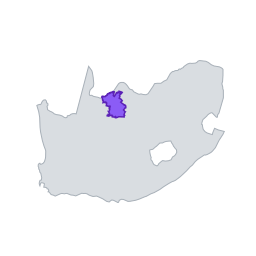 location of John Taolo Gaetsewe, Northern Cape, South Africa, rotated 15°
{"feature_id": "47623444B84629172160693", "entity_name": "John Taolo Gaetsewe", "entity_type": "district", "adm_level": 2, "iso_a3": "ZAF", "parent_name": "South Africa", "parent_adm1": "Northern Cape", "projection": "robinson", "projection_center": [22.441, -26.985], "detail": "fine", "context": "in_parent", "style": "filled", "palette": "violet", "viewbox_px": 256, "rotation_deg": 15, "n_neighbors": 0, "source": "geoboundaries", "source_scale": "gbopen_adm2", "svg_char_len": 6511}
<svg xmlns="http://www.w3.org/2000/svg" viewBox="0 0 256 256"><g transform="rotate(15 128 128)"><path d="M179.7,44.3L185.9,43.4L188.7,43.9L192.0,45.3L195.1,45.8L200.4,45.3L202.2,45.6L203.6,46.1L204.6,46.8L206.1,52.5L207.3,58.6L207.2,60.5L207.4,61.3L208.9,63.9L209.4,65.5L210.3,66.8L212.1,73.3L212.3,74.4L212.0,90.1L211.2,92.0L211.5,94.4L210.6,94.7L205.4,91.6L204.5,91.7L203.0,92.9L201.6,94.7L200.9,96.3L198.2,100.5L198.0,103.2L198.2,105.5L199.0,105.6L199.6,107.2L201.0,109.9L203.4,111.6L205.6,112.3L208.7,112.5L211.2,112.5L211.1,110.7L211.7,105.9L215.8,106.5L221.9,106.4L221.4,109.4L219.1,116.5L217.5,124.4L215.6,128.4L214.5,130.1L211.5,133.0L210.0,134.0L208.7,134.3L203.5,140.2L201.6,143.1L199.8,147.2L198.1,149.5L195.6,154.3L191.1,161.5L187.4,166.2L185.8,167.6L184.7,168.2L181.8,171.0L177.7,175.4L174.6,179.2L169.9,183.7L167.2,185.6L163.2,189.4L162.1,190.0L157.6,193.5L154.3,195.7L149.1,198.2L147.0,198.9L142.1,198.2L140.0,198.6L138.3,200.1L138.1,202.2L137.4,202.6L132.9,201.6L131.0,201.7L129.9,202.9L129.0,204.3L126.4,204.4L121.8,202.9L116.4,202.0L115.2,201.9L112.5,203.0L111.6,203.2L107.8,202.9L105.6,202.2L103.6,202.2L102.1,202.8L100.2,203.0L95.1,207.1L92.4,207.1L90.2,207.5L86.1,207.0L84.9,207.3L83.7,208.0L81.0,208.3L79.9,208.9L75.3,212.6L73.4,212.2L71.0,212.2L68.3,210.2L67.3,210.3L67.5,209.7L67.6,208.7L66.6,207.6L65.6,207.7L65.0,206.8L63.4,206.7L62.0,207.0L61.7,203.5L61.1,203.2L59.4,203.1L58.6,203.2L58.3,203.5L57.9,204.3L57.9,206.7L57.3,206.0L56.6,204.6L56.4,203.1L56.6,201.3L57.8,200.6L57.5,198.3L55.5,194.3L54.3,193.5L53.4,191.5L52.4,190.7L52.0,189.3L51.1,188.2L50.8,186.4L51.3,185.4L52.0,184.8L52.8,185.7L53.8,185.3L55.2,184.0L56.0,182.1L56.1,178.9L55.8,176.9L54.6,171.9L54.1,170.7L51.5,167.1L48.5,162.2L44.6,154.5L42.8,149.9L39.9,140.5L37.5,135.3L34.4,130.3L34.1,130.0L34.5,129.4L36.1,128.3L36.8,128.0L37.2,128.1L37.5,127.8L37.9,127.0L38.1,125.3L38.8,123.5L39.5,122.7L40.9,122.2L42.0,122.9L42.4,123.5L42.6,124.4L43.1,124.9L43.8,124.8L44.4,125.4L44.7,126.5L44.7,127.3L44.2,127.8L44.3,128.5L44.9,129.3L45.5,131.1L48.3,132.0L50.0,132.2L51.5,132.6L53.0,133.4L55.3,133.6L58.6,133.2L61.3,133.4L63.5,134.2L65.0,134.3L66.0,133.8L66.4,133.1L66.2,132.2L66.7,131.6L67.8,131.3L68.6,130.6L69.3,129.5L70.8,128.5L73.1,127.8L74.3,127.8L74.0,78.6L78.2,82.0L79.2,83.6L81.3,88.2L83.4,93.9L83.8,96.6L83.7,97.2L81.6,100.9L81.5,102.8L81.7,104.9L82.2,106.0L82.9,106.4L84.4,105.8L86.7,106.4L91.1,106.1L93.3,106.4L93.8,106.2L94.3,105.8L94.9,104.5L95.4,104.1L97.4,103.5L98.3,102.8L99.8,100.2L104.1,96.8L104.6,95.9L107.4,87.7L108.2,86.6L109.4,85.8L111.8,85.2L113.3,85.5L114.8,86.2L116.5,87.4L119.0,89.6L119.9,90.0L122.5,90.1L124.1,91.5L128.8,92.5L130.2,92.5L131.7,91.7L134.2,91.7L136.8,91.2L138.5,89.7L141.6,80.7L142.0,78.8L142.3,78.2L144.8,77.2L147.9,76.4L148.5,76.0L150.5,73.5L153.0,71.4L154.8,64.3L155.9,62.6L156.6,61.8L157.1,61.8L157.7,61.4L158.6,60.5L159.6,60.0L160.7,59.8L161.5,59.2L161.8,58.2L162.4,57.7L163.3,57.8L163.7,57.5L163.9,56.8L165.8,55.3L165.8,54.7L166.9,53.1L169.0,50.7L171.0,49.4L172.9,49.1L176.3,47.9L177.6,46.7L178.4,45.2L179.7,44.3ZM172.6,150.3L175.7,149.1L177.9,147.5L178.5,144.5L180.2,142.7L180.9,141.1L181.4,138.8L180.4,136.4L179.0,135.6L176.5,133.6L175.4,132.2L173.9,131.0L172.8,129.5L171.1,130.0L168.3,131.1L166.6,132.2L165.2,133.5L162.6,134.3L160.2,138.3L159.4,139.2L157.5,142.1L154.8,143.5L154.7,144.0L155.6,146.4L156.8,148.7L158.1,150.7L158.0,151.8L158.5,152.8L159.6,153.4L161.6,155.8L162.5,156.6L165.5,157.1L166.0,157.0L166.8,155.6L166.9,154.6L169.0,151.5L169.9,150.5L172.6,150.3Z" fill="#d9dde1" stroke="#a8b0b8" stroke-width="1"/><path d="M104.5,96.6L104.4,96.6L104.2,96.7L104.2,96.8L104.2,97.0L104.1,96.9L103.9,96.9L103.9,97.0L103.9,97.3L103.9,97.5L103.7,97.8L103.7,98.0L103.4,98.0L103.2,97.9L102.9,97.7L102.7,97.7L102.6,97.8L102.6,98.0L102.4,98.1L102.2,98.0L101.9,98.3L101.9,98.5L102.0,98.5L101.9,98.6L101.7,98.8L101.4,98.8L101.5,99.0L101.5,99.3L101.4,99.4L101.2,99.3L100.9,99.4L100.9,99.5L100.6,99.6L100.4,99.6L100.2,99.6L100.0,99.8L100.0,100.0L99.9,100.0L99.7,100.2L99.5,100.3L99.6,100.5L99.5,100.8L99.4,100.8L99.4,101.0L99.4,101.3L99.2,101.4L99.1,101.5L99.2,101.8L98.9,101.9L98.9,102.0L98.8,102.3L98.7,102.3L98.5,102.5L98.4,102.6L98.2,102.7L98.2,102.8L98.1,103.0L98.0,103.3L97.9,103.5L97.7,103.5L97.4,103.5L97.2,103.7L97.0,103.8L96.8,103.9L96.7,104.0L96.6,103.9L96.4,103.9L96.2,104.0L96.1,103.9L96.0,104.0L95.9,104.0L95.8,103.9L95.7,103.9L95.4,103.9L95.2,103.9L95.1,104.0L94.9,104.0L94.7,104.2L94.7,104.3L94.8,104.6L94.9,104.9L94.8,105.0L94.9,105.3L95.1,105.4L95.4,105.7L95.8,106.5L96.2,107.5L96.4,107.8L96.8,107.7L97.1,108.6L97.3,108.7L97.3,109.9L97.6,109.7L98.0,109.7L98.7,109.4L98.9,108.9L99.0,108.8L99.4,109.3L99.6,109.5L99.9,109.4L100.2,108.9L101.0,109.4L101.2,111.5L101.2,111.9L101.9,111.9L101.8,112.1L102.7,112.1L102.8,112.1L103.5,112.1L104.4,111.9L104.8,111.5L105.2,112.0L105.0,112.4L104.8,112.6L104.7,113.1L105.1,113.0L105.0,113.6L105.0,114.4L105.5,114.5L105.5,115.0L105.5,115.7L105.4,116.6L105.3,117.3L105.0,117.3L105.3,117.6L106.1,118.4L106.5,119.0L106.7,119.5L106.2,119.7L105.8,119.8L106.3,120.3L105.5,120.4L105.6,120.8L104.7,121.0L104.7,121.4L104.7,121.6L105.0,121.6L105.9,121.6L106.1,121.5L106.3,121.5L106.4,121.4L106.8,121.2L107.2,120.8L107.6,120.5L108.0,120.3L108.3,120.4L108.6,120.4L108.8,120.1L109.0,119.9L109.2,120.3L109.4,120.2L109.9,120.3L110.0,121.3L111.2,121.1L111.8,121.0L112.2,120.9L112.7,120.4L112.9,121.0L113.5,120.6L113.8,121.2L114.1,121.0L115.1,120.4L116.1,119.5L118.8,118.9L119.7,118.7L120.1,118.6L120.6,118.5L121.4,118.3L121.2,117.8L121.3,117.7L121.3,117.4L121.4,117.1L121.5,116.7L120.7,116.4L120.7,115.9L120.8,115.5L120.8,115.2L120.8,114.6L120.8,114.1L121.2,113.1L120.9,113.1L120.4,112.7L119.9,112.3L119.6,112.1L119.0,111.8L119.0,111.5L119.2,111.4L119.2,111.2L119.4,110.8L119.5,110.6L119.7,110.2L119.9,109.7L119.9,109.4L120.2,109.3L120.6,109.1L120.5,108.4L120.2,107.6L119.9,107.0L119.2,106.5L119.3,106.5L118.7,106.5L118.5,106.9L117.9,106.6L117.6,106.3L117.5,106.2L117.1,106.1L116.6,105.9L116.2,105.8L115.8,105.6L115.3,105.4L114.7,105.1L114.3,104.9L114.4,104.7L115.0,103.8L115.4,103.2L114.4,102.4L114.1,102.1L111.8,101.5L112.0,99.5L111.3,98.6L111.8,97.7L112.3,96.9L111.7,96.5L111.2,96.5L111.4,95.7L112.3,95.9L112.8,96.2L113.2,95.1L112.4,94.9L109.8,94.8L109.8,95.0L109.8,95.6L109.5,96.3L108.6,96.2L108.5,97.0L107.7,96.9L107.6,97.8L107.4,98.5L107.0,100.0L106.9,100.3L106.5,101.1L105.8,100.7L105.4,100.5L105.4,99.8L105.4,99.0L105.4,98.1L105.4,97.4L105.4,96.9L105.4,96.6L104.5,96.6L104.5,96.6Z" fill="#8b5cf6" stroke="#5b21b6" stroke-width="1.5"/></g></svg>